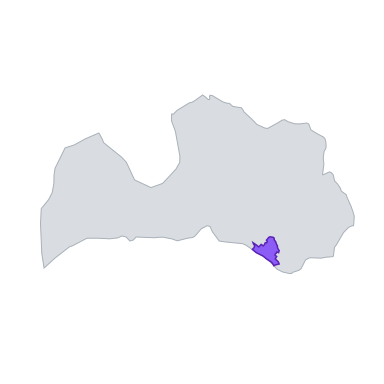 location of Ilukstes within Latvia, rotated 352°
{"feature_id": "LVA-5749", "entity_name": "Ilukstes", "entity_type": "Municipality", "adm_level": 1, "iso_a3": "LVA", "parent_name": "Latvia", "parent_adm1": "", "projection": "albers", "projection_center": [26.129, 55.982], "detail": "fine", "context": "in_parent", "style": "filled", "palette": "violet", "viewbox_px": 384, "rotation_deg": 352, "n_neighbors": 0, "source": "natural_earth", "source_scale": "10m", "svg_char_len": 2743}
<svg xmlns="http://www.w3.org/2000/svg" viewBox="0 0 384 384"><g transform="rotate(352 192 192)"><path d="M279.2,286.6L276.9,286.2L270.6,283.8L265.3,280.1L262.1,275.3L256.6,268.6L253.0,265.2L247.4,260.9L238.0,252.1L234.6,250.1L218.0,246.1L212.1,244.3L206.7,234.3L205.0,228.6L202.3,227.5L199.3,228.6L196.1,229.7L188.5,236.3L186.1,237.2L181.4,237.1L170.6,238.3L165.7,235.7L157.2,232.8L152.6,232.2L148.5,232.1L130.4,228.8L127.0,231.5L123.6,231.9L120.5,227.3L116.5,225.8L112.0,227.1L103.9,226.9L94.3,225.0L82.1,223.2L80.3,223.6L66.3,228.6L62.9,229.3L47.4,238.2L34.9,246.7L34.7,231.7L37.6,202.1L40.4,187.5L49.0,179.5L53.5,173.1L56.4,164.3L57.7,156.1L59.7,149.4L72.5,130.6L81.6,129.1L94.1,124.4L108.0,120.6L110.3,126.5L111.4,130.9L127.1,147.7L131.1,153.3L136.8,172.0L151.9,181.9L164.1,179.4L169.6,175.0L179.5,166.9L184.0,160.9L185.0,155.0L184.0,129.7L181.6,118.7L182.7,111.9L184.4,112.3L188.5,109.1L201.9,103.3L204.6,103.1L207.6,101.9L216.0,97.4L218.7,99.9L220.9,102.7L222.1,102.8L222.7,101.8L222.6,100.0L223.2,98.7L225.6,99.4L235.2,107.1L238.9,108.9L241.4,109.5L244.4,113.0L252.7,115.5L253.7,117.3L254.4,119.6L262.2,129.3L265.7,134.2L272.6,138.6L275.6,139.6L287.7,135.0L291.1,133.4L293.9,133.3L296.8,135.7L303.3,138.8L309.3,139.7L310.3,139.5L315.3,139.7L317.1,140.9L318.4,147.1L324.2,151.8L329.6,155.7L331.0,157.5L331.5,161.1L331.2,165.3L330.6,167.5L328.5,170.1L326.7,176.5L326.5,182.5L323.7,193.0L324.4,193.2L330.8,191.2L332.7,192.2L334.2,194.5L334.8,201.0L337.0,203.9L339.3,208.5L340.1,212.0L344.4,216.2L344.8,218.9L347.6,228.6L348.7,234.2L349.3,238.5L348.2,244.1L347.2,247.9L345.9,247.7L342.2,248.8L336.3,253.4L327.7,264.3L325.4,266.7L323.2,274.8L322.7,275.6L317.5,275.4L316.1,275.2L310.8,275.5L299.4,273.5L295.0,275.0L289.3,283.2L287.1,284.4L280.4,285.6L279.2,286.6Z" fill="#d9dde1" stroke="#a8b0b8" stroke-width="1"/><path d="M251.1,263.7L247.2,261.0L243.8,257.2L244.5,256.6L245.7,255.8L246.0,255.3L246.2,254.5L246.7,254.0L246.4,253.4L246.3,253.1L245.7,252.2L245.6,251.8L245.4,250.7L249.1,254.1L249.6,254.8L250.3,255.6L250.8,255.5L252.1,254.4L252.4,254.1L253.2,253.5L254.0,254.2L254.5,255.0L254.9,255.2L255.4,255.1L256.3,254.2L256.9,253.4L257.1,252.9L257.6,252.4L258.1,252.5L258.5,252.7L259.6,251.8L259.6,251.1L259.5,250.9L259.0,250.1L261.9,247.5L262.5,247.3L263.5,247.3L264.2,247.6L265.3,247.9L266.3,248.3L266.6,248.6L266.8,248.9L266.9,249.3L266.9,249.8L266.7,250.1L266.8,250.7L268.0,253.1L268.2,254.6L268.6,256.0L269.1,257.0L268.9,258.7L269.4,260.6L270.2,262.2L269.3,264.1L267.7,263.2L266.9,264.3L265.7,265.1L265.5,266.4L266.2,266.9L266.9,267.7L265.1,269.8L267.7,273.1L268.3,275.4L265.7,275.7L264.3,275.8L262.9,276.5L261.8,274.0L260.7,272.3L256.3,268.5L253.6,265.4L251.1,263.7Z" fill="#8b5cf6" stroke="#5b21b6" stroke-width="1.5"/></g></svg>